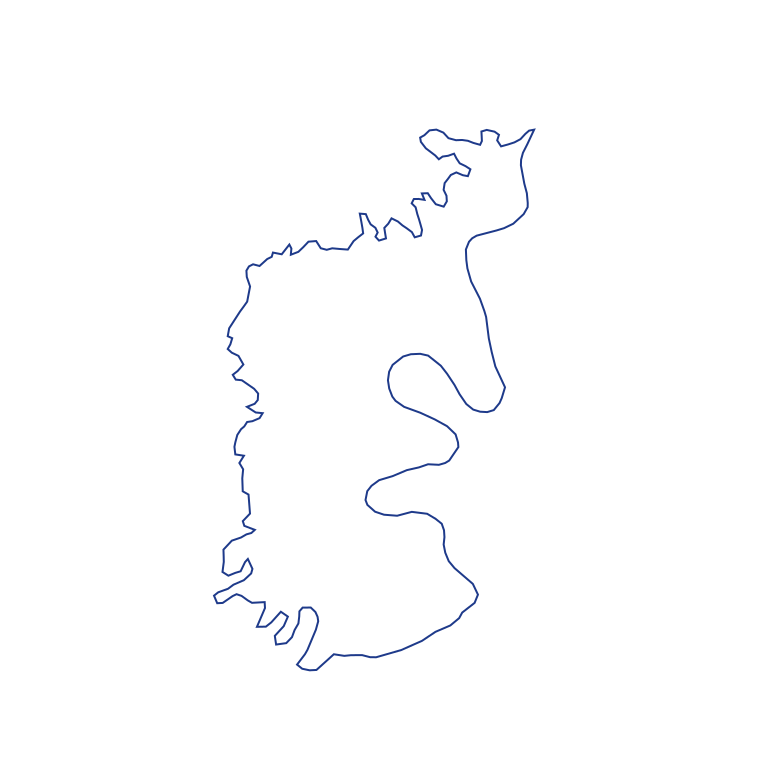 outline of Capanema, Paraná, Brazil, rotated 114°
{"feature_id": "56859067B47648271195329", "entity_name": "Capanema", "entity_type": "district", "adm_level": 2, "iso_a3": "BRA", "parent_name": "Brazil", "parent_adm1": "Paraná", "projection": "robinson", "projection_center": [-53.789, -25.607], "detail": "fine", "context": "isolated", "style": "outline", "palette": "blue", "viewbox_px": 768, "rotation_deg": 114, "n_neighbors": 0, "source": "geoboundaries", "source_scale": "gbopen_adm2", "svg_char_len": 3763}
<svg xmlns="http://www.w3.org/2000/svg" viewBox="0 0 768 768"><g transform="rotate(114 384 384)"><path d="M648.5,309.7L645.2,303.9L640.6,293.8L639.2,285.5L636.8,280.0L620.0,260.0L609.9,250.9L603.3,244.9L589.5,236.2L577.6,225.2L567.3,220.1L561.0,219.6L547.1,212.2L538.2,212.5L530.5,221.5L523.5,244.7L519.5,252.8L513.2,259.4L506.4,264.2L499.3,266.5L493.2,269.7L488.2,274.4L486.2,282.0L485.0,291.8L489.5,306.6L499.0,318.4L503.4,330.8L504.3,340.2L501.2,350.0L497.5,353.7L488.7,355.7L482.0,354.0L473.8,349.3L464.7,338.7L453.4,328.1L446.0,318.2L439.4,311.1L435.5,301.0L431.3,296.0L427.4,293.3L411.4,290.4L407.3,292.6L400.9,298.1L396.9,309.2L395.7,323.2L395.5,339.2L396.7,356.3L394.7,366.6L392.1,371.3L386.0,377.4L379.0,381.9L370.7,384.3L363.0,383.9L351.1,377.7L345.9,371.6L341.7,363.2L340.1,355.2L344.2,339.5L349.0,330.5L356.2,319.2L362.6,310.8L368.8,300.7L371.1,292.1L370.2,284.9L367.7,278.3L363.2,273.1L354.4,270.7L349.0,270.7L337.8,272.1L322.7,289.4L311.0,298.6L299.7,306.8L281.2,318.0L276.4,322.1L267.1,331.0L254.9,346.1L244.5,354.8L237.3,359.2L227.8,363.9L219.5,364.2L215.0,362.7L210.8,359.7L198.0,343.7L192.8,337.7L185.0,331.1L172.0,325.5L164.0,324.7L160.2,326.3L151.6,331.1L143.9,337.3L128.5,347.9L123.3,350.0L116.3,351.1L106.6,350.6L90.6,350.3L93.5,354.5L98.0,356.6L104.8,358.9L110.2,363.1L114.7,368.1L119.3,373.7L115.4,379.7L109.6,380.3L108.5,385.6L110.1,393.5L113.7,397.7L118.0,395.5L122.2,393.4L126.4,393.5L127.4,400.4L127.7,406.3L129.3,411.9L132.0,417.4L133.2,425.1L130.2,432.0L130.3,439.6L133.8,445.6L140.3,448.3L144.2,451.2L147.8,448.8L151.7,441.6L153.2,435.1L154.4,430.1L156.4,425.3L152.4,423.0L149.4,418.2L145.1,413.7L148.5,409.5L151.6,404.6L151.8,398.2L152.7,392.4L160.0,391.9L161.2,396.9L161.3,404.0L165.9,408.0L170.6,409.0L175.8,410.3L182.4,408.5L186.6,403.5L191.6,400.9L197.7,401.6L198.7,409.8L195.1,416.6L191.9,421.6L194.5,426.9L199.3,421.9L200.9,427.7L202.9,432.0L207.7,432.2L209.7,427.0L215.2,422.7L219.2,419.1L223.7,415.3L227.8,411.9L233.3,410.6L237.5,415.6L233.9,420.3L232.5,426.6L231.6,431.7L229.9,437.4L229.6,444.5L235.8,445.3L241.3,447.2L245.5,444.5L250.2,441.4L255.0,446.9L252.9,451.7L248.2,451.4L244.8,455.4L243.6,461.1L240.4,465.3L236.2,469.7L238.2,475.4L245.0,470.7L250.2,467.2L254.9,464.3L260.3,467.2L265.8,469.9L271.4,470.9L275.9,471.7L278.4,478.6L281.1,486.5L284.7,490.9L285.7,497.0L281.0,504.1L284.7,510.9L291.8,513.4L298.1,516.0L303.8,521.7L297.9,523.7L295.1,527.2L307.1,530.2L309.1,538.9L313.5,538.3L317.3,541.5L326.8,545.7L327.9,552.3L331.5,555.2L336.4,555.8L342.0,552.9L349.4,546.0L359.3,543.7L364.4,542.5L370.4,543.7L376.3,545.0L396.1,548.1L403.9,546.2L403.9,541.3L410.2,540.5L415.6,541.0L417.3,535.8L417.5,528.4L423.4,520.4L431.7,523.0L437.1,525.9L440.3,521.2L438.4,515.4L441.2,500.7L443.9,495.1L450.0,492.8L454.7,494.1L460.6,499.9L462.2,489.6L460.0,483.0L465.8,483.8L471.5,489.1L474.4,493.6L479.6,494.4L483.4,496.2L490.2,497.3L497.7,496.1L502.2,495.1L508.8,491.2L506.5,482.8L515.0,484.0L519.2,478.0L527.8,475.1L539.5,469.4L540.1,462.8L556.9,453.7L566.7,457.2L570.4,453.9L569.8,442.7L574.1,444.6L577.3,448.5L582.4,452.2L589.0,459.3L600.6,463.3L606.8,460.3L611.7,458.0L621.4,455.1L622.4,448.2L617.0,443.0L613.4,438.8L603.2,438.5L599.2,437.2L606.4,429.0L611.1,428.3L620.2,432.2L628.6,439.9L634.5,443.2L641.7,450.7L646.5,453.2L652.1,447.2L649.6,442.3L639.4,436.1L636.0,433.2L635.5,428.0L637.1,420.4L637.6,415.6L631.8,404.3L637.1,401.6L657.5,401.3L653.7,393.2L647.6,390.0L634.0,385.6L635.6,377.2L646.0,377.1L658.5,381.3L665.9,376.6L660.5,367.9L652.7,365.1L645.1,365.6L637.6,364.8L630.8,366.9L626.1,368.8L621.4,367.4L618.0,360.0L620.2,353.9L623.7,350.0L627.5,347.6L636.1,346.3L658.0,345.8L663.0,346.3L675.7,349.3L677.4,342.9L675.8,335.5L672.7,329.4L651.3,319.9L648.5,309.7Z" fill="none" stroke="#1e3a8a" stroke-width="2"/></g></svg>